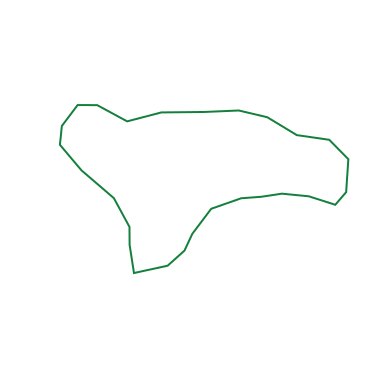 outline of Egkomi Lefkosias, Nicosia, Cyprus, rotated 20°
{"feature_id": "46923920B18592714961636", "entity_name": "Egkomi Lefkosias", "entity_type": "district", "adm_level": 2, "iso_a3": "CYP", "parent_name": "Cyprus", "parent_adm1": "Nicosia", "projection": "equal_earth", "projection_center": [33.317, 35.151], "detail": "fine", "context": "isolated", "style": "outline", "palette": "green", "viewbox_px": 384, "rotation_deg": 20, "n_neighbors": 0, "source": "geoboundaries", "source_scale": "gbopen_adm2", "svg_char_len": 516}
<svg xmlns="http://www.w3.org/2000/svg" viewBox="0 0 384 384"><g transform="rotate(20 192 192)"><path d="M331.0,155.0L336.9,139.4L327.7,107.7L303.1,96.0L271.0,102.7L237.2,96.0L208.1,99.4L175.9,112.7L136.0,127.7L106.9,147.8L73.2,142.8L54.8,149.4L47.1,174.5L49.5,183.8L51.7,192.8L80.8,209.5L120.7,224.5L145.2,246.2L151.4,262.9L165.2,288.0L174.5,282.1L194.3,269.6L205.0,249.6L206.6,231.2L215.8,201.2L240.3,181.1L258.7,172.8L277.1,162.8L303.2,156.1L331.0,155.0Z" fill="none" stroke="#15803d" stroke-width="2"/></g></svg>